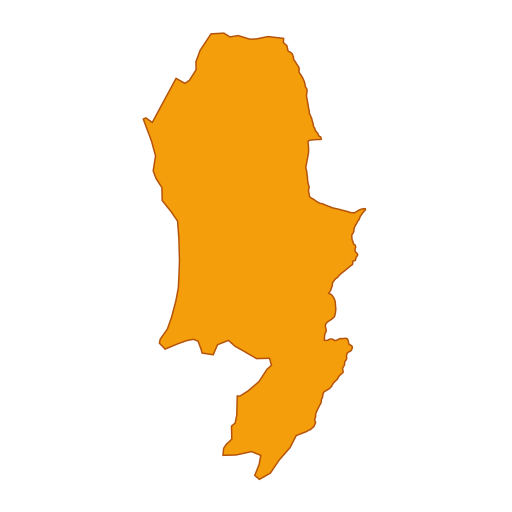 Tashir, Lori, Armenia, rotated 89°
{"feature_id": "60910142B71035098533409", "entity_name": "Tashir", "entity_type": "district", "adm_level": 2, "iso_a3": "ARM", "parent_name": "Armenia", "parent_adm1": "Lori", "projection": "robinson", "projection_center": [44.248, 41.132], "detail": "fine", "context": "isolated", "style": "filled", "palette": "amber", "viewbox_px": 512, "rotation_deg": 89, "n_neighbors": 0, "source": "geoboundaries", "source_scale": "gbopen_adm2", "svg_char_len": 4399}
<svg xmlns="http://www.w3.org/2000/svg" viewBox="0 0 512 512"><g transform="rotate(89 256 256)"><path d="M432.4,208.5L431.7,207.3L430.9,206.1L430.7,205.1L430.6,204.5L429.6,203.7L428.7,202.4L427.4,201.0L426.4,200.6L424.7,199.8L423.3,199.3L421.6,200.0L420.3,200.1L419.5,199.9L418.2,199.3L417.1,199.1L415.8,199.2L414.4,198.9L412.3,198.0L407.6,195.6L404.7,194.0L403.2,193.3L401.5,193.3L400.0,192.8L398.8,192.1L396.4,191.6L394.1,191.1L392.9,190.2L392.1,188.7L391.0,186.9L390.0,185.0L388.8,183.8L387.8,182.9L386.7,182.2L385.4,181.5L384.1,180.5L383.0,179.4L381.4,177.7L380.4,176.6L378.9,175.9L377.7,175.2L376.5,174.0L375.3,172.6L374.6,171.8L374.4,171.5L373.9,171.1L373.6,171.0L373.3,170.8L372.0,171.1L370.5,171.4L369.1,171.1L367.5,170.0L366.1,169.3L364.6,169.3L363.1,169.1L362.0,168.1L361.1,167.4L360.0,167.1L358.1,167.2L356.7,167.2L355.3,166.7L354.2,165.9L353.4,164.8L353.1,163.7L352.9,163.3L351.9,162.4L350.6,161.7L348.9,161.2L347.7,161.7L347.2,162.3L346.7,163.0L346.0,164.5L343.5,165.1L341.4,165.6L340.4,166.2L339.9,167.3L339.9,168.6L340.1,171.0L340.0,173.2L340.5,174.6L341.5,176.4L341.8,177.6L341.9,179.0L340.9,180.0L340.8,180.3L340.5,181.3L340.3,182.7L340.3,183.0L340.5,184.0L341.5,185.7L341.6,187.1L341.6,188.7L341.0,189.3L339.9,189.1L338.0,188.9L335.6,188.6L334.1,188.0L332.9,187.3L332.0,187.0L331.0,187.2L329.7,187.3L328.7,187.7L326.9,187.9L325.4,187.5L324.6,187.0L323.4,185.9L322.7,184.9L321.9,183.7L321.0,182.2L320.2,181.1L319.7,180.4L319.1,179.7L318.6,179.2L317.5,178.4L316.9,178.3L314.4,177.6L310.4,177.1L308.2,177.3L302.8,177.6L301.9,177.9L299.5,178.8L296.8,180.5L295.6,181.8L294.6,184.0L291.9,182.1L289.7,181.3L287.8,180.5L286.0,180.1L283.9,179.9L283.0,179.1L281.3,177.9L280.1,176.8L279.0,175.0L277.8,174.1L275.4,171.7L273.9,169.7L272.9,168.4L267.7,161.8L266.2,159.7L265.9,159.6L265.3,159.4L263.6,159.5L262.7,158.8L262.5,157.8L262.0,156.6L260.5,156.3L258.8,155.9L258.2,155.2L256.7,154.3L255.8,154.5L254.6,155.4L253.3,156.7L252.2,157.0L250.2,156.6L248.8,156.1L247.5,156.5L246.6,156.8L246.0,157.9L244.9,158.5L243.2,158.8L241.9,159.5L240.4,159.8L238.8,159.8L237.2,159.9L236.0,159.5L234.7,158.5L233.4,157.8L231.7,157.7L229.6,157.2L227.2,156.2L225.6,155.0L222.8,153.6L221.2,152.2L219.8,151.7L218.1,151.0L214.4,148.3L213.0,147.0L211.7,145.7L210.6,146.0L210.6,147.4L210.7,148.2L211.0,149.9L212.0,152.5L213.2,154.4L214.4,156.5L214.5,158.9L214.1,161.0L213.2,163.4L213.2,163.5L212.2,167.1L210.8,172.0L209.8,176.1L209.1,179.0L208.1,180.9L207.5,182.9L204.7,189.2L204.6,190.9L202.8,194.0L200.0,197.9L198.7,200.2L197.6,201.4L195.7,201.7L193.8,202.0L192.0,202.4L190.9,202.3L188.9,201.8L187.9,201.6L187.3,201.8L185.4,202.4L183.2,202.8L180.5,203.1L178.9,203.2L177.3,203.3L174.3,203.7L172.6,203.7L170.8,204.2L168.7,204.6L166.9,204.4L161.7,203.3L157.8,202.5L153.7,201.7L153.3,201.7L150.6,201.5L146.7,201.7L146.2,201.7L143.4,202.0L141.8,201.6L141.2,200.1L140.9,197.9L140.9,197.1L140.6,193.3L140.7,189.4L140.3,188.7L138.1,189.2L137.3,190.8L136.2,191.5L134.2,192.3L133.1,193.3L131.3,194.6L129.3,195.0L128.0,196.0L126.8,196.3L124.2,196.7L122.4,197.3L119.1,198.0L117.5,198.9L116.4,199.1L114.7,200.1L111.5,200.2L110.3,200.7L108.7,200.9L106.1,201.2L102.9,201.8L101.3,202.0L98.1,202.6L96.2,202.7L92.5,202.1L90.4,202.1L88.6,203.0L87.5,203.7L85.9,203.9L82.8,204.5L78.6,206.3L75.0,208.4L73.1,209.8L71.0,209.6L68.8,209.6L66.6,210.8L64.5,212.1L62.0,213.6L59.9,215.1L58.0,215.0L55.1,216.0L53.9,216.8L52.9,218.0L52.1,219.7L51.0,220.6L49.3,220.8L46.2,221.5L45.5,222.3L44.8,223.0L43.2,224.9L39.6,224.6L38.9,224.6L36.8,240.2L39.0,252.1L39.1,258.4L35.3,270.0L36.5,278.2L32.6,284.2L33.1,297.1L49.3,308.2L60.8,312.7L68.7,312.6L79.3,319.6L82.1,324.1L77.0,332.8L120.7,357.4L116.0,363.7L117.2,366.3L139.2,358.5L154.1,354.7L169.1,357.3L177.0,354.5L185.9,348.9L198.9,348.8L209.8,340.4L219.7,333.8L237.6,332.8L259.6,332.6L274.5,333.4L286.5,334.2L299.5,336.9L315.5,341.4L327.5,345.9L337.5,353.2L341.5,354.1L347.5,348.5L342.4,335.7L339.3,326.5L338.2,320.0L340.2,315.4L348.1,312.6L352.1,311.6L354.0,300.5L344.0,296.0L339.9,285.0L345.9,278.5L350.8,270.1L358.6,257.2L358.5,244.3L365.5,242.4L369.5,247.0L381.6,255.2L390.7,266.2L395.7,274.4L395.7,277.2L414.7,278.0L422.7,279.8L425.7,283.5L438.7,283.4L443.7,288.9L447.7,291.7L454.7,292.5L454.6,279.6L453.2,272.4L451.5,264.0L455.4,254.7L464.4,256.5L475.4,261.1L479.4,256.5L473.3,245.4L460.3,236.3L448.2,225.3L436.2,218.9L432.4,208.5Z" fill="#f59e0b" stroke="#b45309" stroke-width="1.5"/></g></svg>